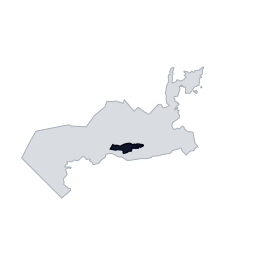 location of Peshku, Bukhoro, Uzbekistan, rotated 315°
{"feature_id": "79887680B78868749126062", "entity_name": "Peshku", "entity_type": "district", "adm_level": 2, "iso_a3": "UZB", "parent_name": "Uzbekistan", "parent_adm1": "Bukhoro", "projection": "mercator", "projection_center": [63.754, 40.677], "detail": "fine", "context": "in_parent", "style": "filled", "palette": "ink", "viewbox_px": 256, "rotation_deg": 315, "n_neighbors": 0, "source": "geoboundaries", "source_scale": "gbopen_adm2", "svg_char_len": 4922}
<svg xmlns="http://www.w3.org/2000/svg" viewBox="0 0 256 256"><g transform="rotate(315 128 128)"><path d="M197.2,117.9L200.8,116.1L202.8,117.3L203.0,118.0L200.8,119.3L198.8,120.0L198.2,121.6L196.2,122.3L194.3,124.6L191.2,126.9L191.1,127.4L191.4,127.8L192.4,128.0L194.5,129.3L196.4,128.6L196.9,128.7L197.4,129.5L198.0,131.5L198.8,132.1L201.6,133.2L203.8,133.2L204.8,133.6L205.0,133.4L205.1,130.4L206.0,130.9L207.0,130.5L207.4,129.0L207.2,127.9L207.9,127.4L208.2,127.8L208.3,128.7L209.3,129.3L210.0,130.8L210.3,132.6L212.2,133.0L212.9,132.7L213.5,132.9L213.7,135.1L214.0,135.2L215.7,134.8L217.3,135.7L219.0,137.4L221.0,137.5L221.4,137.8L222.8,137.5L224.4,138.0L224.4,138.3L224.1,138.6L220.3,140.7L219.3,142.1L218.4,142.5L216.1,141.7L215.8,142.6L216.2,143.4L215.7,144.3L214.5,144.0L214.2,143.5L213.1,143.8L211.8,145.2L211.1,146.4L209.9,146.8L208.2,148.0L207.5,147.0L206.2,147.2L204.6,146.2L203.8,146.0L196.5,147.3L195.9,147.1L195.2,145.5L193.3,144.6L193.4,143.8L197.2,140.4L197.6,139.3L196.3,138.8L196.5,137.8L194.1,135.1L193.7,134.9L193.3,135.0L192.4,137.1L185.9,140.6L185.0,140.2L183.5,138.9L182.6,138.5L181.4,139.6L181.5,140.9L180.2,141.9L181.3,145.4L181.2,145.9L180.4,146.0L181.0,147.3L180.5,147.5L177.4,147.0L173.8,147.8L173.9,148.3L177.1,148.2L177.5,148.5L177.6,148.9L177.4,149.2L175.7,149.5L175.6,150.0L176.5,151.6L176.0,151.9L175.4,151.6L175.0,152.6L173.9,152.6L173.3,155.6L172.4,156.6L171.2,157.1L163.5,155.8L161.6,156.7L160.2,158.0L159.4,161.3L159.5,161.7L162.7,162.9L163.3,164.9L167.2,165.0L167.9,165.3L168.2,165.8L168.4,166.4L167.2,169.6L167.7,172.4L168.3,173.7L170.6,176.1L170.5,177.5L170.0,178.7L169.3,179.7L168.6,180.2L167.7,181.5L166.8,183.1L165.2,185.3L164.6,186.4L164.4,189.9L164.0,190.9L163.9,190.5L163.3,190.1L161.6,190.0L161.3,189.6L159.0,190.4L157.7,190.0L156.2,188.6L153.5,188.1L150.1,188.4L150.0,184.9L150.1,182.2L151.3,180.1L151.3,179.7L150.7,179.0L148.6,178.4L146.2,176.8L143.9,175.7L142.6,175.3L141.2,175.9L139.9,175.7L133.8,171.4L128.7,168.3L125.2,165.1L123.6,165.5L119.1,162.5L116.2,159.3L106.6,152.3L104.7,150.6L104.2,149.7L103.5,145.4L102.6,143.4L101.4,142.3L100.3,140.2L98.8,135.0L98.2,134.1L95.3,131.9L93.6,131.3L92.4,131.7L91.7,132.6L90.8,132.6L86.6,131.8L81.9,132.2L77.8,129.5L77.6,129.1L77.6,128.3L78.4,126.6L78.2,125.8L77.7,125.0L77.7,124.1L78.0,123.6L78.8,123.7L79.1,123.4L79.0,123.0L78.0,121.9L76.2,120.9L76.5,120.2L76.6,118.5L76.9,117.6L76.6,117.3L75.2,116.0L70.6,115.9L69.6,115.6L68.7,115.1L67.8,113.1L67.4,112.7L64.2,111.9L61.0,108.6L60.3,110.1L59.7,110.4L57.3,110.0L56.0,110.9L59.0,114.3L59.7,115.3L59.7,115.9L58.8,116.0L58.0,114.4L57.5,114.0L54.7,113.1L53.7,114.1L53.5,115.4L52.3,117.6L50.8,118.0L47.4,118.1L46.4,118.6L45.7,119.2L44.4,121.1L42.7,122.6L43.3,128.7L44.4,130.2L43.3,131.5L31.6,130.7L31.6,74.1L48.5,68.6L60.6,65.1L88.1,83.6L88.8,84.3L89.1,85.8L89.8,87.1L99.2,97.6L112.8,95.5L126.7,96.7L131.9,94.2L136.0,98.8L138.6,100.4L142.0,107.1L145.3,105.4L144.8,113.3L144.4,115.7L144.3,120.4L149.8,120.5L151.0,128.1L152.2,132.8L153.4,133.3L163.7,132.7L164.5,133.0L166.0,132.5L166.9,134.0L168.0,135.0L167.2,138.3L168.5,139.6L171.4,141.1L173.1,141.1L173.4,140.5L173.4,139.7L172.9,139.0L173.0,138.0L173.3,137.3L175.0,134.8L177.8,132.4L178.4,131.5L178.7,130.0L179.7,129.1L182.1,128.1L182.4,127.4L185.4,125.4L188.7,124.2L190.2,123.2L191.7,121.3L193.8,119.3L194.7,119.2L195.2,119.9L195.7,119.9L197.2,117.9ZM196.5,136.4L196.1,135.4L195.6,135.1L195.3,135.2L196.2,136.4L196.5,136.4ZM202.7,151.8L200.5,151.8L200.9,150.3L200.1,149.7L200.0,148.9L200.1,148.3L200.7,148.0L201.3,149.1L203.0,149.5L202.4,150.5L202.8,151.6L202.7,151.8ZM209.3,150.3L208.9,151.6L207.9,151.0L208.1,150.7L209.3,150.3Z" fill="#d9dde1" stroke="#a8b0b8" stroke-width="1"/><path d="M121.1,149.4L121.2,148.1L121.6,147.8L121.8,148.4L122.2,148.8L122.1,149.0L122.5,149.1L123.3,149.5L123.1,149.9L123.1,150.1L123.1,150.3L123.4,150.4L123.6,150.3L123.7,150.5L124.1,150.6L124.2,150.8L124.7,150.8L125.1,151.0L125.5,151.2L125.8,151.2L126.0,151.3L126.3,151.2L126.5,151.1L126.6,150.9L126.6,150.7L126.3,150.8L126.3,150.6L126.2,150.5L126.3,150.1L126.2,150.0L126.1,149.8L125.7,149.4L125.3,149.2L125.1,149.1L125.1,148.9L125.3,148.7L125.1,148.6L125.0,148.2L124.6,147.4L123.9,146.6L123.1,145.8L123.1,145.7L122.2,145.7L122.0,145.2L121.4,144.8L121.1,144.1L120.4,143.7L120.2,143.7L119.8,143.3L119.4,142.8L119.0,143.2L119.0,141.5L118.8,141.4L118.8,141.1L118.3,141.0L118.2,140.6L118.1,140.3L118.3,140.0L115.6,137.9L114.4,137.2L110.9,135.8L109.7,135.8L108.0,132.6L106.1,130.9L105.4,129.1L100.7,130.4L103.9,135.1L104.6,134.8L108.7,139.8L108.3,141.0L108.0,141.6L107.7,141.5L107.1,142.2L107.1,142.9L109.9,144.4L110.9,144.7L111.0,144.4L111.3,144.4L112.7,145.2L113.6,146.3L113.7,146.5L114.8,146.2L115.0,145.8L114.9,145.5L115.6,145.3L116.6,145.5L116.8,145.2L117.4,145.7L117.7,146.3L118.4,146.3L118.4,146.9L118.9,147.6L119.4,147.6L119.7,147.7L119.7,148.2L120.5,148.8L120.5,149.1L121.1,149.4Z" fill="#0f172a" stroke="#020617" stroke-width="1.5"/></g></svg>